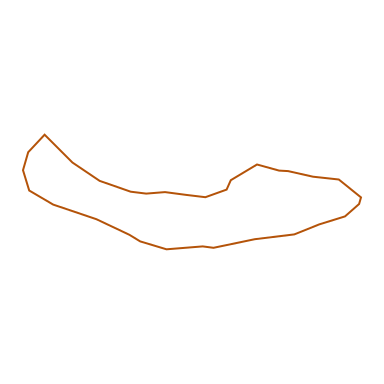 the district of Ruo, Federated States of Micronesia
{"feature_id": "79324940B72573347372655", "entity_name": "Ruo", "entity_type": "district", "adm_level": 2, "iso_a3": "FSM", "parent_name": "Federated States of Micronesia", "parent_adm1": "", "projection": "mercator", "projection_center": [152.241, 8.611], "detail": "fine", "context": "isolated", "style": "outline", "palette": "amber", "viewbox_px": 384, "rotation_deg": 0, "n_neighbors": 0, "source": "geoboundaries", "source_scale": "gbopen_adm2", "svg_char_len": 502}
<svg xmlns="http://www.w3.org/2000/svg" viewBox="0 0 384 384"><path d="M44.6,134.7L28.2,152.2L23.0,170.2L29.2,190.5L53.2,204.6L96.4,219.2L129.4,234.8L140.2,241.4L166.5,249.3L202.7,246.4L213.5,247.8L254.8,239.2L294.3,234.4L319.2,224.4L345.0,216.4L359.1,204.0L361.0,197.4L338.8,179.5L313.0,176.7L288.1,171.1L279.1,170.6L257.0,164.5L230.8,180.2L226.6,189.6L205.4,197.2L186.2,194.9L165.0,192.1L146.2,193.6L130.7,191.7L99.7,180.9L72.4,162.5L44.6,134.7Z" fill="none" stroke="#b45309" stroke-width="2"/></svg>